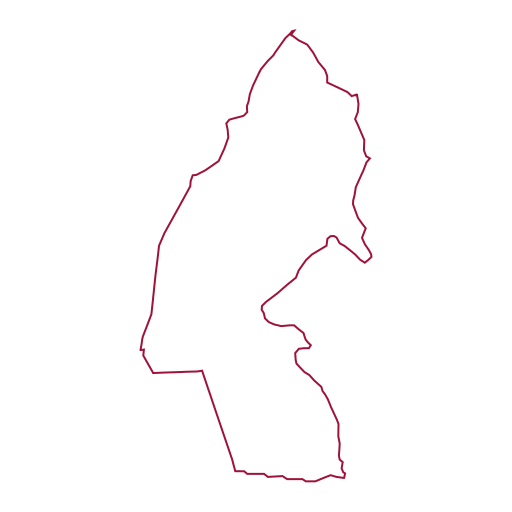 the district of Dilling, South Kordufan, Sudan
{"feature_id": "16777658B83196806362289", "entity_name": "Dilling", "entity_type": "district", "adm_level": 2, "iso_a3": "SDN", "parent_name": "Sudan", "parent_adm1": "South Kordufan", "projection": "robinson", "projection_center": [29.551, 11.952], "detail": "fine", "context": "isolated", "style": "outline", "palette": "rose", "viewbox_px": 512, "rotation_deg": 0, "n_neighbors": 0, "source": "geoboundaries", "source_scale": "gbopen_adm2", "svg_char_len": 2966}
<svg xmlns="http://www.w3.org/2000/svg" viewBox="0 0 512 512"><path d="M259.2,72.4L258.5,74.0L257.3,76.5L254.7,82.0L253.1,85.3L249.8,94.3L248.6,101.3L246.9,106.2L247.2,112.1L244.1,115.4L243.0,115.9L241.9,116.3L234.1,118.3L229.3,119.7L226.3,123.4L227.2,127.5L227.4,128.5L227.6,129.4L227.7,130.2L228.3,137.5L224.4,148.5L218.6,161.1L205.3,170.3L201.5,172.3L201.0,172.5L196.4,174.9L192.7,175.3L190.6,181.3L190.3,186.2L186.7,192.8L184.4,197.0L183.5,198.7L183.0,199.6L181.5,202.3L175.7,212.8L167.0,228.5L164.4,233.2L159.0,245.8L158.3,252.4L157.2,261.7L156.9,263.9L155.4,276.1L152.6,303.0L151.4,314.2L149.0,320.6L147.7,324.0L146.5,327.1L142.8,336.7L142.4,338.5L142.2,339.6L141.6,343.9L140.6,349.5L140.9,349.5L140.9,350.0L141.2,350.0L143.2,349.7L143.9,349.6L143.8,350.4L143.3,355.6L143.6,356.1L152.9,372.5L153.1,373.0L156.5,372.9L163.1,372.6L181.3,372.0L185.4,371.8L195.8,371.5L198.0,371.4L200.8,370.9L201.0,370.9L202.1,370.7L202.3,371.4L204.4,377.6L205.3,380.2L208.2,388.9L210.3,395.0L215.0,409.0L215.3,409.9L220.5,425.2L224.3,436.4L229.1,450.5L231.4,457.3L231.8,458.3L232.1,459.3L232.6,461.2L232.7,461.5L233.7,465.4L234.2,467.2L234.5,468.3L235.1,470.5L235.1,470.9L235.3,471.2L238.7,471.2L244.2,471.3L247.3,473.9L264.1,473.9L267.9,476.9L281.8,476.1L282.5,476.1L287.1,479.1L302.4,479.1L305.8,481.3L314.7,481.3L315.4,481.3L324.9,477.4L330.3,475.3L330.7,475.2L336.4,476.9L343.6,477.9L344.1,477.9L345.1,473.4L343.2,472.2L341.6,468.3L342.7,462.1L339.7,459.6L338.9,455.6L339.4,449.1L339.7,443.6L338.3,436.2L338.5,424.1L337.0,420.0L334.0,413.5L331.2,407.5L327.8,399.2L325.0,394.3L322.6,391.1L321.3,386.8L317.9,383.8L314.1,380.4L309.4,375.1L304.5,372.1L300.0,367.4L296.5,363.6L295.7,360.1L295.2,353.1L298.5,349.2L298.8,348.8L304.0,348.2L308.4,348.2L308.9,348.2L310.8,345.2L308.2,342.7L305.7,339.7L304.5,336.3L303.5,333.0L299.3,329.8L294.1,325.3L290.0,325.3L281.3,326.1L274.4,324.5L268.8,322.1L265.0,318.4L263.8,313.2L261.7,309.7L262.0,305.9L265.9,302.0L277.6,293.1L287.1,284.8L295.9,277.7L298.7,270.4L306.0,260.1L312.0,254.4L326.5,245.7L327.4,238.8L330.5,236.2L334.0,236.0L336.6,237.6L339.7,243.3L344.5,245.9L349.6,249.9L355.1,254.4L360.1,259.7L364.8,262.7L365.4,262.2L368.3,259.9L368.8,259.4L371.4,257.0L371.2,254.4L369.0,250.3L364.8,244.1L362.0,237.8L365.7,228.3L364.1,226.2L361.5,222.8L358.0,217.8L355.4,210.9L353.0,204.2L353.2,200.4L353.3,200.1L354.6,194.9L355.8,187.2L361.7,174.1L363.1,171.2L366.5,162.3L369.9,158.4L369.1,157.9L366.2,156.3L363.9,150.2L364.0,148.0L364.3,140.0L357.8,124.8L356.5,122.0L355.1,119.1L357.8,112.2L358.5,103.9L357.2,95.9L357.1,95.0L356.2,95.3L356.1,94.7L353.0,95.7L351.6,96.1L351.5,95.9L347.5,92.1L340.2,88.6L327.2,82.5L327.2,76.0L324.9,69.9L318.4,62.1L313.1,52.5L307.3,44.7L305.7,43.8L298.6,40.3L291.7,35.1L291.4,35.3L290.8,34.8L291.1,34.6L294.1,30.7L292.1,31.2L290.8,32.8L289.9,33.8L285.4,38.1L275.1,52.5L273.4,55.3L269.9,58.8L267.9,60.8L261.0,69.1L259.8,71.5L259.7,71.5L259.3,72.4L259.2,72.4Z" fill="none" stroke="#9f1239" stroke-width="2"/></svg>